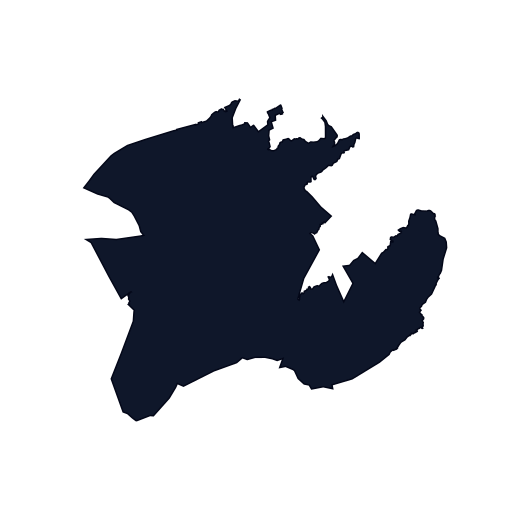 Cuernavaca, Morelos, Mexico (orthographic projection), rotated 248°
{"feature_id": "50627088B36479670191583", "entity_name": "Cuernavaca", "entity_type": "district", "adm_level": 2, "iso_a3": "MEX", "parent_name": "Mexico", "parent_adm1": "Morelos", "projection": "orthographic", "projection_center": [-99.236, 18.933], "detail": "fine", "context": "isolated", "style": "filled", "palette": "ink", "viewbox_px": 512, "rotation_deg": 248, "n_neighbors": 0, "source": "geoboundaries", "source_scale": "gbopen_adm2", "svg_char_len": 6163}
<svg xmlns="http://www.w3.org/2000/svg" viewBox="0 0 512 512"><g transform="rotate(248 256 256)"><path d="M104.2,277.4L108.1,278.2L106.1,299.1L111.3,330.7L114.9,342.5L116.6,344.3L117.3,346.2L117.7,347.9L117.1,348.1L117.0,349.7L117.3,350.5L117.0,350.9L117.1,351.6L117.6,352.6L118.0,352.3L119.3,354.4L119.6,354.3L120.0,355.3L121.5,357.6L121.9,358.7L122.5,362.7L124.2,365.6L124.6,367.1L125.1,368.8L124.6,369.0L125.3,370.5L126.2,371.0L126.0,371.7L125.0,372.4L125.8,375.1L125.4,375.0L125.7,377.2L127.3,377.0L127.1,378.1L127.8,378.7L127.9,379.6L127.7,380.3L128.2,381.2L127.7,382.2L126.6,382.9L126.6,383.5L128.0,383.3L128.5,384.8L130.8,385.5L131.5,386.1L133.9,385.9L134.9,387.9L136.1,388.4L139.3,387.3L139.4,387.7L140.8,387.0L142.7,386.5L143.9,388.7L145.5,388.0L146.7,388.6L147.3,390.5L148.8,391.9L149.7,395.8L152.0,398.0L153.4,400.2L155.0,404.5L160.5,410.4L160.8,410.4L161.9,412.3L162.4,412.2L163.6,413.2L165.6,415.5L166.5,416.9L166.8,418.0L167.0,417.0L167.8,416.3L168.5,416.9L168.3,417.2L170.2,419.0L171.0,420.4L173.2,422.6L183.0,428.3L192.2,435.8L197.7,437.6L201.7,437.6L205.9,434.0L208.1,433.0L209.0,433.6L209.7,433.5L213.2,434.9L221.2,435.8L221.8,435.4L223.6,435.5L226.0,436.8L225.3,437.2L226.7,437.1L227.3,437.5L228.3,437.4L228.4,436.6L232.4,434.8L233.2,434.0L233.6,432.9L233.6,431.2L235.7,426.4L238.0,423.5L238.1,421.9L235.5,418.8L234.9,419.1L234.6,418.9L236.9,415.6L236.6,414.9L234.0,413.2L231.1,410.7L228.7,409.8L227.4,408.9L227.0,408.3L227.3,408.0L225.7,406.2L225.8,405.5L227.2,403.2L227.2,400.1L226.7,397.7L225.1,398.3L224.6,399.9L223.9,399.9L222.9,398.6L222.8,395.8L221.6,394.3L222.3,393.3L221.8,390.7L222.9,388.7L222.8,387.8L221.0,386.7L218.4,388.6L217.7,388.1L218.9,386.3L215.4,384.3L215.3,382.2L215.0,381.5L213.9,381.4L212.8,380.4L213.3,378.8L211.7,375.6L211.5,373.6L204.3,363.7L219.3,355.8L215.6,349.6L215.2,344.9L212.2,339.3L213.9,333.0L194.3,335.7L180.6,320.2L198.8,319.6L210.0,320.0L208.7,318.7L208.3,317.8L208.6,316.5L209.5,315.9L209.5,315.1L207.1,315.3L205.9,314.7L205.4,313.6L205.0,310.9L205.7,309.1L205.9,307.0L205.2,304.9L204.0,303.0L205.3,302.2L205.6,300.8L205.6,298.2L204.2,296.1L204.7,294.4L206.5,294.6L207.6,294.1L207.4,293.0L206.2,292.7L205.9,291.8L206.1,290.8L205.3,290.3L205.2,287.6L203.6,286.6L203.3,285.6L204.5,284.9L204.4,284.1L202.9,282.2L201.2,280.9L199.6,280.2L198.9,279.5L200.0,278.7L200.8,278.9L217.4,291.9L238.0,317.0L253.4,316.1L256.6,314.4L257.1,315.6L256.9,316.3L256.1,317.4L254.5,318.6L254.9,319.0L254.9,321.0L256.8,323.1L257.5,324.6L258.7,324.9L259.4,326.6L261.2,327.3L260.8,328.8L261.8,329.7L261.0,330.2L262.1,331.3L262.2,332.1L261.0,332.4L264.8,340.7L277.1,334.4L289.8,330.2L297.0,327.1L297.8,326.2L301.1,325.8L301.6,326.2L303.5,328.0L303.5,330.2L303.7,330.6L305.0,330.9L305.2,331.8L304.2,334.4L304.4,334.9L307.9,336.2L308.7,336.9L309.0,337.7L308.8,338.3L305.2,338.6L304.7,339.3L305.3,340.7L308.1,341.2L309.3,343.3L309.7,344.8L309.5,347.6L309.8,348.8L310.6,349.9L311.7,354.2L312.9,357.2L311.5,359.7L311.6,360.7L313.1,362.4L313.4,366.3L315.1,368.1L315.1,369.8L318.8,373.1L319.4,374.7L318.7,376.0L318.8,376.5L320.1,376.7L320.5,377.3L319.8,381.7L321.9,383.7L322.3,384.9L321.8,385.9L320.8,386.6L320.8,387.5L322.7,388.5L324.3,390.2L327.6,392.5L327.8,393.7L326.7,394.8L326.2,395.7L330.6,397.4L331.7,397.4L332.5,396.7L332.6,395.7L332.1,394.3L332.2,391.8L331.4,389.8L331.8,388.5L331.1,385.3L331.3,382.6L331.7,381.0L331.6,379.4L332.3,378.2L332.5,376.9L329.7,373.7L328.5,370.3L328.6,368.1L329.1,368.6L329.4,370.0L330.3,370.7L332.1,371.5L333.5,371.3L334.0,371.5L335.5,374.4L336.1,374.7L335.9,375.5L336.9,376.3L337.7,376.5L347.6,374.2L349.5,372.4L351.1,371.7L355.1,371.7L360.4,370.3L359.8,370.1L359.3,368.4L358.1,369.0L354.2,370.0L350.2,369.0L340.4,365.1L339.2,364.3L339.2,363.2L340.7,360.2L339.3,357.4L339.0,355.6L340.0,351.8L341.2,349.5L340.8,346.9L343.7,344.7L346.0,344.1L347.3,342.3L349.2,341.1L349.4,340.0L349.0,339.5L348.9,338.5L349.5,337.6L349.7,336.3L350.3,335.4L349.4,332.2L350.1,331.2L352.6,330.2L353.0,329.1L352.9,328.1L353.5,324.7L351.9,323.1L352.2,322.2L352.1,320.8L350.5,319.5L349.4,317.6L348.5,317.6L348.0,317.0L348.0,316.2L347.5,315.6L346.9,314.1L347.0,311.6L348.1,309.5L349.4,308.6L350.0,307.7L349.9,307.3L350.5,306.8L351.0,307.1L351.1,308.4L352.1,310.0L356.0,310.6L357.8,310.6L358.6,312.1L362.6,312.7L367.8,315.3L368.2,319.7L374.8,320.4L374.6,325.0L379.2,326.5L379.5,331.3L378.9,331.8L378.2,331.7L377.9,333.0L377.9,333.7L378.9,333.9L378.9,334.8L382.4,334.7L383.1,335.4L386.5,335.5L386.8,335.2L385.5,329.3L385.9,328.8L385.6,327.1L385.8,326.0L385.3,325.7L385.6,324.0L385.4,320.6L384.4,320.4L383.4,320.7L379.0,320.7L377.2,318.0L376.2,317.0L373.2,316.2L370.3,304.8L377.9,302.8L378.1,302.6L377.2,299.1L382.6,297.9L383.7,295.6L382.9,295.4L382.7,292.3L383.1,289.7L383.5,282.9L385.2,283.5L385.4,283.1L393.1,285.7L400.5,292.6L406.7,299.8L407.5,299.3L406.1,297.7L407.8,294.6L407.7,291.7L407.4,290.9L406.2,289.6L405.5,287.8L405.4,282.7L401.2,283.4L401.1,282.1L402.0,281.9L402.0,280.9L404.3,280.5L404.8,279.1L405.2,279.1L405.2,278.1L404.9,276.3L404.1,275.6L403.7,274.6L404.7,273.2L404.8,272.1L404.3,270.1L403.5,267.8L402.3,266.7L401.2,264.7L399.6,260.6L400.1,255.5L400.9,255.6L401.1,252.5L399.9,252.2L400.1,249.2L400.6,249.3L403.0,230.0L402.4,229.9L403.0,226.1L405.5,196.9L406.6,178.2L404.2,163.1L403.1,159.1L392.4,136.4L387.9,129.2L383.7,121.9L372.8,132.4L366.2,140.8L364.5,141.9L358.7,144.5L346.6,155.2L343.1,157.3L338.8,158.1L327.9,159.1L321.7,158.3L317.2,159.7L317.8,156.2L323.6,132.7L330.2,119.2L334.9,104.7L330.2,108.2L292.4,112.0L266.9,115.1L269.7,126.2L269.7,126.7L269.5,126.8L269.6,126.1L268.7,124.9L268.7,123.9L267.6,123.7L267.2,122.5L264.8,122.6L264.7,122.2L263.7,121.7L262.1,122.1L261.2,122.0L259.9,120.3L259.2,120.8L258.4,120.4L258.6,119.6L251.2,122.9L250.2,122.1L241.4,117.8L216.1,94.6L196.3,75.8L161.2,74.4L158.0,77.9L152.3,80.7L148.4,83.0L148.0,83.7L147.8,98.0L146.3,101.0L156.8,122.3L164.2,132.1L167.3,135.3L162.5,140.0L165.3,173.7L164.4,198.1L166.8,205.3L163.3,209.1L162.4,217.2L158.7,226.5L154.6,232.7L151.2,236.5L150.9,242.6L143.7,236.2L142.6,242.1L136.9,247.8L135.3,248.8L126.6,249.2L119.3,252.7L116.5,257.0L111.9,257.7L109.6,269.4L104.2,277.4Z" fill="#0f172a" stroke="#020617" stroke-width="1.5"/></g></svg>